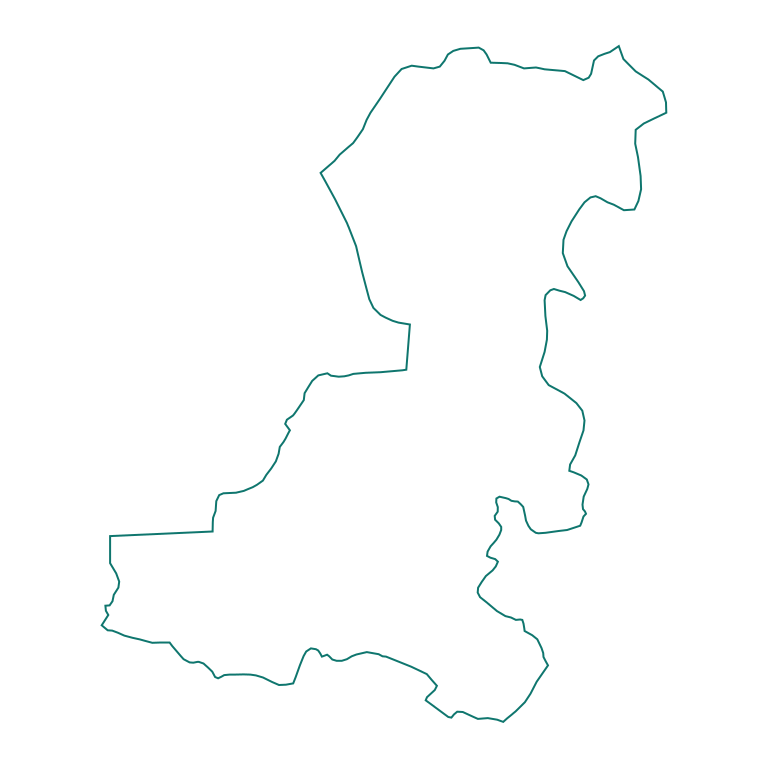 Al-Kadhmiyah, Sala ad-Din, Iraq
{"feature_id": "34846034B5863384083959", "entity_name": "Al-Kadhmiyah", "entity_type": "district", "adm_level": 2, "iso_a3": "IRQ", "parent_name": "Iraq", "parent_adm1": "Sala ad-Din", "projection": "natural_earth1", "projection_center": [44.187, 33.463], "detail": "fine", "context": "isolated", "style": "outline", "palette": "teal", "viewbox_px": 768, "rotation_deg": 0, "n_neighbors": 0, "source": "geoboundaries", "source_scale": "gbopen_adm2", "svg_char_len": 4353}
<svg xmlns="http://www.w3.org/2000/svg" viewBox="0 0 768 768"><path d="M634.4,209.5L638.4,201.0L641.1,189.2L640.6,176.0L638.0,157.2L635.2,143.7L635.7,129.8L637.5,128.4L643.8,123.5L654.7,118.2L655.6,117.8L666.3,112.7L666.2,110.0L666.0,102.4L664.4,96.9L662.8,91.6L657.3,87.0L648.4,79.5L642.7,75.9L635.7,71.4L628.3,64.0L623.4,59.0L618.8,46.1L609.9,52.1L604.6,53.8L598.2,56.3L594.0,60.5L591.1,73.8L588.7,77.7L583.3,80.1L564.9,71.1L560.5,70.7L550.1,69.8L544.6,69.3L540.0,68.3L536.0,67.5L531.8,67.8L524.0,68.4L514.5,64.8L507.6,63.3L501.2,63.0L490.7,62.7L486.6,54.5L483.6,50.3L478.7,47.6L474.5,47.9L468.3,48.3L460.4,48.8L453.3,50.9L447.9,54.5L444.5,60.8L439.8,66.6L433.5,68.4L427.6,67.7L418.3,66.6L411.7,65.7L401.6,69.0L394.5,76.7L387.2,87.8L379.8,99.1L370.5,112.7L366.6,119.9L362.9,129.2L357.7,136.8L355.1,140.4L353.1,143.1L348.7,146.8L339.7,154.6L334.5,160.9L328.6,166.0L320.6,172.9L325.4,181.5L335.1,199.3L347.0,223.1L348.4,226.6L348.5,226.7L356.1,246.2L357.5,252.3L359.5,260.9L362.2,272.3L366.4,288.3L369.3,299.2L371.2,303.2L373.4,307.9L380.5,314.9L385.6,317.6L392.6,320.8L398.5,322.6L409.9,324.5L406.3,369.7L402.3,370.3L385.1,371.8L380.7,372.2L365.5,372.8L353.3,373.9L348.7,375.4L344.3,376.3L338.7,376.7L334.3,376.1L331.0,375.7L327.4,373.3L318.3,375.4L312.2,380.9L308.5,386.8L304.6,393.2L303.8,400.1L297.0,410.1L294.6,413.5L293.0,415.5L286.9,419.7L285.2,423.9L289.9,430.3L288.5,432.8L285.5,438.7L283.5,442.0L279.8,446.9L278.6,453.8L276.2,460.4L275.9,461.3L271.2,468.5L266.3,474.9L262.9,480.6L256.8,484.9L252.7,487.2L248.0,489.1L243.8,490.9L236.4,492.6L236.2,492.7L223.4,493.3L219.2,495.1L216.3,501.1L216.0,505.2L215.8,508.3L215.6,511.0L213.1,517.7L212.8,522.1L212.6,531.5L199.3,532.1L188.0,532.6L152.9,534.2L139.0,534.8L110.1,536.1L110.1,563.2L116.2,573.4L119.2,581.6L118.4,587.6L113.8,594.8L112.5,601.2L109.6,605.4L105.4,605.7L105.9,610.8L108.3,615.0L101.7,625.3L107.7,630.3L112.2,630.6L117.8,632.7L124.3,635.6L132.5,637.8L139.8,639.4L145.2,640.9L152.3,642.8L161.0,642.5L169.6,642.5L172.2,646.0L181.0,656.3L183.6,659.2L189.6,662.4L193.3,662.7L197.4,661.9L198.9,661.9L203.5,663.5L208.2,667.7L212.3,671.7L215.1,677.0L218.1,678.3L221.4,676.7L224.2,675.1L229.6,674.6L234.3,674.6L243.6,674.4L250.3,674.6L255.9,675.4L263.0,677.5L272.1,682.0L279.0,685.0L285.9,684.7L293.2,683.4L295.6,677.3L299.9,665.3L303.6,656.1L306.2,651.5L310.9,648.4L315.9,649.2L318.2,650.5L320.2,653.4L321.9,656.6L323.4,656.1L327.1,654.7L329.2,656.3L332.3,659.5L336.6,660.8L341.8,660.8L346.9,659.2L351.7,656.3L356.4,654.5L366.8,652.1L378.7,654.2L382.5,656.3L386.0,656.6L394.0,659.8L411.2,666.7L426.8,674.1L431.5,679.7L436.9,685.8L434.8,690.0L427.0,697.2L425.7,700.3L448.3,717.0L451.4,717.6L454.0,714.4L457.2,711.7L462.8,712.0L473.2,716.8L477.9,718.9L487.8,718.1L497.2,719.7L503.2,721.9L507.2,718.3L511.9,714.5L513.4,713.2L515.6,711.4L524.9,702.2L530.5,693.7L536.7,681.7L548.0,665.4L545.6,661.1L543.5,657.0L543.2,653.0L541.5,648.0L537.3,639.3L532.2,635.2L524.6,631.0L524.3,628.5L523.5,623.6L522.3,619.9L520.2,619.5L515.9,619.9L511.0,617.5L505.4,616.1L497.0,611.1L486.3,602.1L480.1,597.2L477.7,592.6L478.1,587.7L481.6,582.1L485.9,576.0L492.6,570.4L495.8,566.4L497.9,561.7L495.2,559.1L490.4,557.7L487.0,555.9L487.6,551.6L490.6,546.3L493.7,542.9L496.4,539.7L499.4,534.7L501.2,530.0L501.2,526.9L498.8,523.4L495.1,519.7L494.7,515.9L497.7,511.7L497.8,507.1L496.2,502.4L496.4,498.5L499.5,496.7L503.0,497.5L505.7,498.1L508.6,499.0L511.4,500.8L514.8,501.4L517.0,501.5L517.9,501.6L520.7,504.2L523.2,506.9L524.1,511.0L525.1,515.6L526.0,520.6L528.4,525.8L530.8,529.3L535.8,532.8L538.4,533.3L545.6,532.8L558.6,531.0L567.1,530.0L575.1,527.4L580.2,525.7L581.5,522.6L583.5,516.5L586.0,513.8L585.0,511.5L583.0,509.1L582.5,504.6L583.7,496.6L587.3,488.9L588.5,484.4L586.8,479.5L581.3,475.5L573.7,472.3L569.3,470.8L570.1,464.5L575.0,455.8L575.2,455.5L579.5,442.1L583.5,430.4L584.5,420.5L582.3,410.7L576.4,403.1L564.5,393.6L548.7,385.1L542.2,376.3L539.8,367.0L541.3,362.3L544.6,351.9L546.9,339.7L547.2,330.8L545.4,316.0L544.6,300.2L545.6,295.1L550.3,290.3L553.9,289.0L559.5,290.7L565.2,292.1L573.7,295.9L580.6,300.0L583.2,298.3L585.1,295.6L584.0,291.2L578.4,282.2L575.8,278.4L567.5,266.3L562.8,253.1L563.5,239.8L566.5,231.3L571.5,221.4L579.3,209.3L584.5,202.3L590.5,197.4L591.5,197.2L595.7,196.2L600.6,198.3L607.5,202.3L613.8,204.7L623.9,210.2L634.4,209.5Z" fill="none" stroke="#0f766e" stroke-width="2"/></svg>